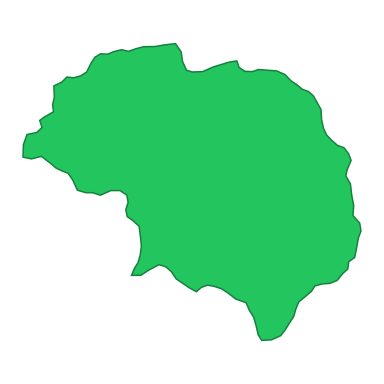 outline of Gabriel Monteiro, São Paulo, Brazil
{"feature_id": "56859067B44282115877376", "entity_name": "Gabriel Monteiro", "entity_type": "district", "adm_level": 2, "iso_a3": "BRA", "parent_name": "Brazil", "parent_adm1": "São Paulo", "projection": "orthographic", "projection_center": [-50.57, -21.508], "detail": "fine", "context": "isolated", "style": "filled", "palette": "green", "viewbox_px": 384, "rotation_deg": 0, "n_neighbors": 0, "source": "geoboundaries", "source_scale": "gbopen_adm2", "svg_char_len": 1623}
<svg xmlns="http://www.w3.org/2000/svg" viewBox="0 0 384 384"><path d="M90.9,63.4L86.7,72.0L80.5,75.9L73.5,77.8L66.9,77.0L61.9,82.0L53.9,85.9L54.3,97.7L52.6,104.5L53.5,111.8L45.0,116.6L39.7,120.4L42.0,127.5L36.7,132.5L27.0,134.5L23.4,144.7L23.0,157.1L31.4,158.9L41.4,156.4L50.0,162.9L55.8,167.9L61.9,170.9L68.1,173.2L72.7,180.0L77.4,190.2L85.8,192.7L92.4,192.7L100.4,195.2L110.8,190.6L120.1,190.6L126.8,195.2L128.1,202.3L125.8,209.8L127.2,216.6L132.4,220.2L139.1,226.3L140.7,239.0L141.4,246.5L140.1,255.4L138.1,262.5L134.5,268.2L131.5,275.4L141.0,275.2L149.0,270.0L159.0,264.7L165.8,266.8L171.2,271.5L176.1,278.8L189.4,287.9L196.4,291.7L201.3,287.4L207.4,285.2L214.0,286.3L221.6,288.8L228.5,293.4L235.8,299.1L246.1,302.7L249.3,310.2L253.7,317.3L256.3,326.6L258.2,334.8L261.7,340.4L271.6,339.8L280.8,335.6L285.2,329.9L289.0,323.8L293.8,316.3L295.8,309.2L298.7,302.0L304.7,297.0L311.4,291.4L314.9,285.9L322.6,283.9L329.8,283.4L337.2,280.4L343.1,273.2L347.8,269.0L348.7,261.8L354.6,257.5L356.3,249.5L358.4,238.0L361.0,230.9L359.7,223.1L353.0,215.5L353.7,205.5L351.8,195.6L350.4,183.8L345.8,175.9L347.2,169.6L351.1,160.4L348.5,153.6L343.8,147.6L337.5,145.4L331.8,140.4L326.7,135.1L323.6,128.6L321.6,119.7L321.0,109.5L313.4,95.9L308.7,91.7L302.2,89.2L297.1,84.9L291.2,81.0L284.9,74.5L276.6,70.9L258.4,69.5L252.4,71.6L244.8,71.3L239.1,67.4L236.8,60.9L229.2,62.1L221.2,64.5L212.9,67.1L202.7,71.6L192.4,72.0L186.5,70.2L182.5,61.3L181.2,52.0L175.5,43.6L164.3,44.9L155.2,46.5L143.7,46.7L135.7,48.8L128.5,51.3L121.5,49.7L113.5,51.7L107.6,54.2L100.6,53.8L94.9,57.2L90.9,63.4Z" fill="#22c55e" stroke="#15803d" stroke-width="1.5"/></svg>